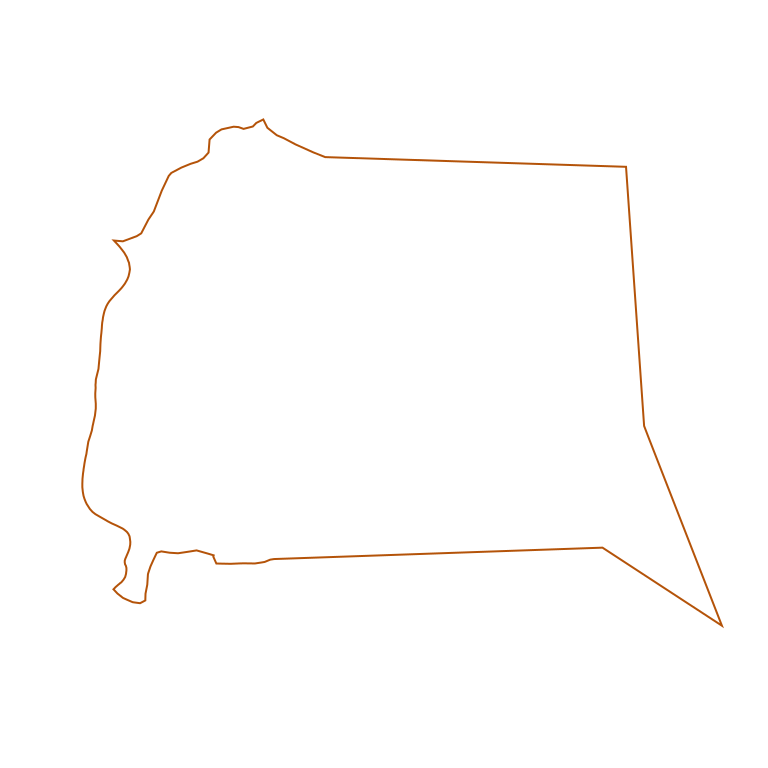 Latille, Micoud, Saint Lucia, rotated 84°
{"feature_id": "8701671B58191073405905", "entity_name": "Latille", "entity_type": "district", "adm_level": 2, "iso_a3": "LCA", "parent_name": "Saint Lucia", "parent_adm1": "Micoud", "projection": "mercator", "projection_center": [-60.916, 13.828], "detail": "fine", "context": "isolated", "style": "outline", "palette": "amber", "viewbox_px": 768, "rotation_deg": 84, "n_neighbors": 0, "source": "geoboundaries", "source_scale": "gbopen_adm2", "svg_char_len": 2672}
<svg xmlns="http://www.w3.org/2000/svg" viewBox="0 0 768 768"><g transform="rotate(84 384 384)"><path d="M559.9,674.5L564.5,671.0L569.4,666.0L571.3,662.8L574.7,656.8L575.1,655.3L576.5,649.5L575.4,646.7L574.3,644.0L567.6,643.1L558.8,640.4L548.8,638.7L548.1,638.5L546.9,638.0L541.0,635.3L534.8,631.7L528.1,627.6L527.2,623.0L529.4,614.8L530.8,606.5L530.5,599.4L530.3,595.1L529.9,587.8L534.3,576.8L536.6,571.3L537.2,571.5L537.9,571.8L545.0,569.5L545.5,565.7L546.8,555.3L547.4,545.6L547.7,542.1L549.0,531.1L548.7,524.4L548.5,521.3L546.8,515.5L546.6,511.6L569.6,183.8L659.7,73.2L465.2,126.4L452.9,129.7L193.3,120.6L152.2,418.8L146.2,430.2L136.5,446.9L129.1,457.9L125.4,464.6L117.0,473.2L108.3,476.4L111.0,483.7L114.2,487.5L115.6,497.0L113.3,501.8L112.4,506.6L113.8,519.0L116.5,524.7L122.6,531.9L135.5,534.3L140.6,540.0L143.4,546.2L144.8,553.3L147.6,562.9L151.8,573.4L154.5,576.3L168.5,584.8L188.4,594.9L195.8,601.1L208.8,609.7L211.1,614.4L214.8,628.8L213.1,637.6L219.1,633.1L220.3,632.3L226.1,628.7L231.0,626.5L234.6,625.6L236.9,624.9L238.1,624.9L241.1,624.7L243.5,624.7L246.7,625.6L250.2,626.8L253.2,628.4L257.1,631.2L259.9,633.8L261.3,635.2L263.3,637.5L264.3,638.7L267.6,642.8L269.6,644.9L270.8,646.2L272.9,648.4L274.2,649.5L275.3,650.4L277.8,652.1L280.3,653.4L281.5,654.0L282.1,654.3L284.5,655.2L288.4,656.5L291.0,657.1L293.4,657.8L296.4,658.4L298.9,658.8L304.0,659.8L304.8,660.0L307.6,660.6L311.0,661.2L314.4,661.8L318.6,662.4L321.6,662.8L330.7,664.7L339.2,666.4L342.2,667.5L349.4,670.1L352.7,670.6L354.6,671.0L356.1,671.1L357.8,671.2L363.0,672.1L363.8,672.2L367.0,672.5L373.5,672.7L378.2,673.2L378.7,673.3L385.3,674.8L389.7,676.3L393.4,677.5L395.1,678.1L399.7,679.4L404.9,681.6L410.5,684.1L411.6,684.4L417.5,686.0L419.7,686.6L422.5,687.3L425.6,688.4L427.9,689.1L431.7,690.2L432.9,690.5L434.1,690.8L437.4,691.7L438.5,691.9L441.6,692.7L447.0,693.8L449.3,694.1L451.3,694.4L455.1,694.8L459.7,694.8L461.3,694.7L463.9,694.5L466.9,693.9L468.3,693.5L470.1,693.0L472.6,692.1L473.1,691.8L477.5,689.6L480.7,687.3L483.3,684.6L484.1,683.5L486.0,680.9L489.1,676.6L490.9,674.1L491.4,673.5L494.2,669.3L496.8,664.8L498.5,662.1L500.4,659.1L500.9,658.5L501.6,657.7L502.1,657.2L502.8,656.5L504.3,655.1L506.3,653.9L506.9,653.7L508.8,653.0L510.1,652.9L514.1,652.8L514.6,652.8L517.3,653.2L520.9,654.3L521.6,654.6L524.5,656.0L526.1,656.9L526.8,657.3L528.8,658.4L529.4,658.7L530.5,659.4L532.6,660.3L533.5,660.4L534.5,660.5L535.5,660.4L536.1,660.4L537.9,659.7L540.0,659.4L542.1,659.6L543.2,659.8L543.9,660.0L545.8,660.4L548.9,661.6L551.5,663.6L553.8,666.0L554.5,667.3L555.0,667.9L555.8,669.2L556.6,670.3L558.0,672.3L559.5,674.0L559.9,674.5Z" fill="none" stroke="#b45309" stroke-width="2"/></g></svg>